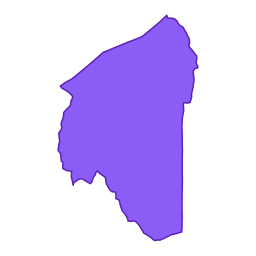 the district of North Mugirango, Nyanza, Kenya
{"feature_id": "3690345B98609233443148", "entity_name": "North Mugirango", "entity_type": "district", "adm_level": 2, "iso_a3": "KEN", "parent_name": "Kenya", "parent_adm1": "Nyanza", "projection": "albers", "projection_center": [34.989, -0.504], "detail": "fine", "context": "isolated", "style": "filled", "palette": "violet", "viewbox_px": 256, "rotation_deg": 0, "n_neighbors": 0, "source": "geoboundaries", "source_scale": "gbopen_adm2", "svg_char_len": 2499}
<svg xmlns="http://www.w3.org/2000/svg" viewBox="0 0 256 256"><path d="M182.3,119.0L182.4,117.3L182.9,115.2L183.4,112.3L183.7,110.7L183.7,109.6L183.5,106.9L183.4,105.8L183.3,104.8L183.7,102.9L185.4,102.7L187.5,103.1L190.1,102.4L190.3,101.4L190.9,99.6L191.7,97.0L191.5,94.0L192.2,90.9L192.6,89.1L193.0,87.2L193.4,84.5L193.7,82.5L194.0,80.6L193.9,78.1L193.7,76.7L193.4,74.2L193.3,72.6L193.4,70.7L195.1,68.4L197.5,68.0L197.9,66.3L197.1,65.2L196.1,62.5L196.8,58.4L196.7,56.1L195.0,54.0L192.9,51.0L191.0,48.9L190.0,47.7L189.0,46.8L189.0,44.5L189.6,42.8L189.4,40.1L188.9,38.0L187.9,36.5L187.1,34.6L186.7,33.7L186.3,32.8L184.9,30.8L183.9,28.8L183.2,27.6L182.3,26.7L179.7,25.3L178.1,23.2L176.9,20.9L174.7,19.0L173.4,18.5L170.9,18.1L167.9,18.2L166.7,15.4L159.0,22.6L153.2,27.5L147.9,31.8L144.0,35.1L141.9,36.6L139.7,37.6L129.4,41.7L125.5,43.2L116.0,47.1L109.8,49.7L103.3,52.3L98.0,57.0L92.5,61.8L88.4,65.3L81.5,71.0L76.9,74.8L76.1,75.5L74.2,77.0L71.3,79.3L65.9,82.1L60.4,86.0L61.5,87.7L62.5,88.5L65.3,90.0L67.9,91.8L69.1,92.6L70.7,94.2L72.1,95.6L72.7,97.4L71.0,101.2L70.4,105.4L67.1,108.9L64.4,111.6L63.8,112.5L63.6,113.6L63.5,116.3L62.5,119.6L61.3,122.7L61.2,125.0L61.6,126.2L61.7,128.4L61.1,129.7L59.7,131.6L58.9,132.9L59.0,135.6L59.1,137.0L59.4,139.1L59.8,140.6L59.0,143.7L58.8,144.9L58.7,146.3L58.2,149.3L58.1,150.5L59.4,152.2L60.6,153.7L60.8,154.8L60.9,157.0L61.1,158.4L61.3,161.1L62.1,161.8L62.9,162.6L62.9,164.9L62.7,166.8L62.8,168.5L66.7,170.5L69.6,171.0L71.6,171.3L71.4,174.1L71.3,176.8L71.7,178.6L72.5,181.2L73.2,185.7L73.4,183.2L74.3,182.4L76.0,181.2L78.2,179.6L80.8,178.8L83.3,179.3L85.1,180.7L86.7,181.6L88.3,182.6L90.5,183.6L91.7,182.3L92.4,180.0L93.3,177.4L95.1,175.1L96.0,172.4L97.4,171.0L99.5,173.2L101.6,174.7L104.3,176.6L105.8,178.5L105.8,180.8L106.3,183.9L109.2,188.9L110.4,190.5L112.4,191.9L114.4,191.6L115.8,193.3L116.0,195.5L115.8,198.6L117.8,199.4L119.4,200.4L119.5,202.0L120.3,204.9L121.0,207.4L121.8,209.5L122.6,211.4L123.9,212.6L125.1,214.4L126.2,215.9L127.4,218.3L128.1,221.0L130.7,221.3L134.6,220.9L136.5,222.3L139.6,225.9L142.0,230.0L143.8,233.1L146.4,234.5L151.1,237.6L153.3,239.8L155.4,240.6L157.5,239.9L160.0,240.2L161.7,239.3L163.9,238.5L166.1,237.3L168.6,236.1L170.8,234.8L173.8,234.2L176.2,233.6L178.6,232.8L181.6,232.0L182.0,228.5L182.0,223.5L182.2,218.3L182.0,209.8L182.0,205.9L182.2,187.2L182.3,183.9L182.4,178.8L182.2,173.6L182.2,164.0L182.2,158.3L182.4,152.1L182.2,137.9L182.2,133.8L181.9,125.9L182.3,119.0Z" fill="#8b5cf6" stroke="#5b21b6" stroke-width="1.5"/></svg>